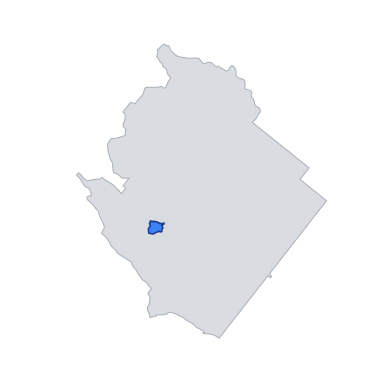 Sharg Al Jazirah, Gezira, Sudan shown in context, rotated 128°
{"feature_id": "16777658B60089924012173", "entity_name": "Sharg Al Jazirah", "entity_type": "district", "adm_level": 2, "iso_a3": "SDN", "parent_name": "Sudan", "parent_adm1": "Gezira", "projection": "robinson", "projection_center": [33.472, 15.011], "detail": "fine", "context": "in_parent", "style": "filled", "palette": "blue", "viewbox_px": 384, "rotation_deg": 128, "n_neighbors": 0, "source": "geoboundaries", "source_scale": "gbopen_adm2", "svg_char_len": 5144}
<svg xmlns="http://www.w3.org/2000/svg" viewBox="0 0 384 384"><g transform="rotate(128 192 192)"><path d="M249.8,293.4L247.0,293.4L246.7,292.6L246.7,290.6L247.0,289.1L248.0,286.6L247.8,285.3L248.0,283.3L247.2,281.2L240.5,274.9L239.2,273.2L235.6,271.6L236.2,269.8L234.8,257.0L235.5,255.5L235.7,253.3L235.7,251.3L236.6,248.0L236.7,246.6L229.5,246.5L229.5,247.9L229.8,249.5L229.8,250.1L219.9,250.2L223.8,255.2L224.0,257.4L223.8,260.2L223.8,261.9L224.0,263.1L225.1,265.3L225.0,265.8L224.8,266.3L217.8,273.0L216.6,276.1L215.6,277.8L213.6,280.5L207.2,287.7L206.1,288.1L201.2,288.4L200.7,288.6L200.4,288.9L200.1,288.8L196.0,284.6L188.9,279.6L184.3,282.2L183.0,283.2L183.0,285.6L182.3,286.8L181.0,288.2L177.6,289.0L175.8,289.8L173.6,291.1L171.5,293.4L171.4,294.6L171.6,295.7L159.7,295.7L158.9,294.8L157.2,291.0L156.0,291.3L145.2,290.8L143.6,291.2L140.5,292.8L139.0,293.0L137.4,292.3L131.7,284.8L130.5,283.9L129.2,282.2L128.0,281.4L127.6,280.8L127.4,280.0L127.5,278.4L127.1,277.4L126.2,277.1L118.5,278.9L117.4,278.7L115.8,279.0L115.3,279.3L114.6,280.3L114.5,282.3L114.3,283.3L113.7,284.4L111.5,287.0L111.0,288.1L111.1,290.9L111.0,292.3L110.6,292.9L109.7,294.0L109.3,294.6L108.9,298.2L107.7,300.4L107.4,301.1L107.3,302.7L107.2,303.2L103.7,304.4L102.4,305.2L101.6,306.4L101.4,306.9L99.9,306.5L98.0,306.2L94.4,305.8L93.0,305.2L92.3,304.4L92.5,302.2L92.2,301.7L91.6,301.4L91.2,300.4L91.3,299.3L93.2,296.8L93.6,295.5L94.1,289.2L94.0,287.3L92.5,283.7L89.1,277.7L88.3,276.5L84.0,271.5L83.5,270.8L82.4,268.6L83.7,264.0L83.7,262.7L83.5,261.4L82.4,260.4L81.4,260.3L80.1,259.1L79.3,258.5L78.6,257.4L78.1,255.9L78.5,250.5L78.2,249.7L77.1,249.5L76.9,249.2L76.9,248.1L76.4,245.0L75.7,242.4L76.1,241.0L75.2,239.1L73.4,238.3L70.0,238.9L68.9,238.8L68.1,238.4L67.6,237.7L67.4,236.9L67.6,235.6L68.6,233.3L69.9,231.4L72.4,229.7L73.1,228.8L73.5,227.7L73.5,226.6L73.4,225.3L73.1,224.2L72.4,222.7L71.7,220.9L71.7,219.7L72.1,218.9L72.8,217.9L75.2,215.9L77.8,214.2L78.2,213.6L78.1,212.9L76.9,211.5L76.6,208.9L76.0,207.0L77.3,205.6L78.2,205.1L79.7,204.7L80.3,204.1L80.5,203.0L80.4,201.9L81.0,201.1L81.7,199.4L82.3,198.6L84.3,196.6L84.7,195.3L84.9,194.1L84.4,190.3L85.5,188.7L87.0,187.4L89.0,187.5L92.2,187.2L94.4,186.7L95.9,186.7L99.4,187.4L99.8,187.1L100.0,186.1L100.9,114.5L115.4,114.6L115.6,114.4L116.1,80.6L207.5,80.6L208.3,80.5L209.7,77.3L210.3,77.1L211.3,77.3L211.6,78.0L210.8,80.6L290.6,80.6L290.8,84.4L291.5,87.5L293.7,92.0L295.7,94.3L296.4,95.7L296.4,96.3L296.4,96.8L295.8,96.2L294.8,95.7L294.7,97.8L295.2,102.1L296.0,105.0L295.4,107.8L295.5,112.4L296.6,118.0L296.4,121.6L298.1,129.9L299.7,134.5L300.6,135.6L301.6,136.3L303.6,136.6L306.4,139.0L308.7,141.5L309.5,142.8L310.6,144.2L311.3,143.9L311.8,143.6L312.5,144.7L316.1,147.2L316.6,148.3L315.4,149.5L313.9,151.4L313.2,153.2L312.8,153.8L311.6,154.9L311.4,155.5L310.9,155.8L310.4,155.9L309.1,156.5L308.0,156.3L306.9,156.6L306.5,157.1L305.7,157.4L304.5,157.6L302.6,159.2L301.0,159.9L300.5,160.5L299.6,163.6L299.0,164.4L296.6,164.4L295.4,164.7L293.8,164.4L293.1,164.4L292.9,165.1L292.6,167.7L292.6,168.8L291.3,171.8L291.7,177.4L290.4,181.5L290.2,182.5L288.9,185.8L288.3,187.0L286.6,193.2L286.0,195.1L284.6,197.1L286.1,212.0L284.9,216.5L284.9,219.0L284.1,222.7L283.5,224.4L282.4,226.4L281.5,228.7L280.7,231.7L280.2,237.5L279.9,238.0L275.7,238.7L274.3,239.1L273.4,239.7L272.3,241.2L270.2,245.2L269.0,247.7L267.2,251.0L265.2,253.4L264.7,254.6L264.4,256.7L263.6,260.2L262.9,262.6L263.0,264.5L262.4,267.9L262.5,269.6L261.7,270.5L260.8,271.4L260.1,271.6L257.1,269.3L255.0,270.9L253.7,273.1L252.7,275.3L253.3,280.0L253.2,281.0L252.9,282.1L251.0,286.7L250.4,288.8L249.8,292.5L249.8,293.4Z" fill="#d9dde1" stroke="#a8b0b8" stroke-width="1"/><path d="M242.2,191.6L241.6,191.4L240.9,191.9L239.9,192.6L239.3,192.9L239.2,192.9L238.3,192.7L237.7,193.9L237.6,194.0L236.9,194.4L236.9,194.6L236.9,195.5L236.6,195.7L236.2,195.7L235.9,195.5L235.4,194.6L234.8,194.4L234.6,194.5L234.3,194.6L234.0,194.7L234.2,194.8L234.2,195.1L234.3,195.2L234.3,195.3L234.8,195.7L234.9,195.8L235.1,196.0L235.3,196.2L235.4,196.3L235.5,196.8L235.7,197.0L235.9,197.3L236.0,197.4L236.3,197.5L236.5,197.7L236.5,197.8L236.4,198.5L236.6,198.9L237.3,199.3L237.0,200.2L237.0,200.4L236.9,200.8L237.2,201.3L237.2,201.5L237.3,201.8L237.6,202.0L237.9,202.2L238.0,202.7L238.1,202.8L238.3,203.0L238.5,203.2L238.4,203.5L238.3,203.8L238.5,204.0L238.6,203.9L238.8,203.5L239.0,203.6L239.2,203.8L239.3,204.7L239.8,205.3L239.9,205.6L239.8,205.8L240.0,205.9L240.2,206.3L240.3,206.4L240.5,206.6L240.5,206.9L240.8,206.8L241.1,206.7L241.7,206.6L241.7,206.1L241.9,206.1L242.4,206.0L243.1,206.1L243.3,205.6L243.5,205.5L243.6,205.1L243.7,204.8L243.9,204.6L244.0,204.4L244.1,204.1L244.6,204.1L245.0,203.9L245.2,204.0L247.6,203.9L248.7,202.9L249.8,202.0L251.1,200.7L250.9,200.3L250.7,199.9L250.5,199.5L250.2,198.9L250.0,198.5L249.5,197.5L249.3,197.2L249.2,196.9L248.5,196.6L247.4,196.0L247.0,195.8L246.1,195.4L245.6,195.1L245.2,194.9L244.6,194.4L244.3,194.3L243.9,194.3L243.5,194.3L243.4,194.3L243.4,194.1L243.3,193.7L243.2,193.1L243.1,192.6L243.0,192.4L242.9,192.4L242.8,192.2L242.7,192.1L242.3,191.9L242.2,191.9L242.2,191.6Z" fill="#3b82f6" stroke="#1e3a8a" stroke-width="1.5"/></g></svg>